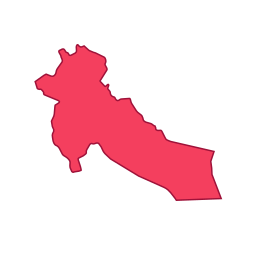 map outline of Djelfa (Albers equal-area conic projection), rotated 343°
{"feature_id": "DZA-2212", "entity_name": "Djelfa", "entity_type": "Province", "adm_level": 1, "iso_a3": "DZA", "parent_name": "Algeria", "parent_adm1": "", "projection": "albers", "projection_center": [3.218, 34.323], "detail": "fine", "context": "isolated", "style": "filled", "palette": "rose", "viewbox_px": 256, "rotation_deg": 343, "n_neighbors": 0, "source": "natural_earth", "source_scale": "10m", "svg_char_len": 2978}
<svg xmlns="http://www.w3.org/2000/svg" viewBox="0 0 256 256"><g transform="rotate(343 128 128)"><path d="M196.5,222.7L153.1,211.2L152.5,209.1L149.9,202.3L148.1,198.8L146.7,196.9L145.0,195.2L124.2,177.1L102.3,152.5L98.5,145.8L97.9,144.3L97.5,142.9L96.8,138.1L95.5,134.4L94.9,133.7L93.7,133.2L91.2,133.2L90.4,133.1L89.9,132.9L88.7,132.2L88.0,132.1L87.3,132.2L86.4,132.8L82.4,136.5L81.7,137.3L81.3,138.1L80.8,139.7L80.3,140.2L79.5,140.6L77.1,141.5L72.3,142.3L71.7,142.5L71.4,142.8L71.2,143.3L71.1,144.1L71.2,151.0L71.1,152.9L70.9,154.5L70.7,154.8L70.3,154.8L68.5,154.9L64.2,154.3L62.8,154.3L62.0,153.9L61.5,153.0L61.1,149.5L61.1,148.8L61.4,147.2L62.6,143.8L62.7,142.8L62.5,141.7L61.9,140.2L61.2,138.9L60.4,137.8L58.5,135.6L57.8,134.5L57.5,133.4L56.5,127.8L56.1,126.3L55.6,125.3L55.0,124.4L53.8,123.3L53.2,122.4L52.7,120.7L52.6,118.4L53.1,114.8L53.5,112.8L54.3,111.3L55.8,109.7L56.2,108.7L56.5,107.9L56.1,104.5L56.8,99.1L60.5,95.0L61.6,93.1L64.2,86.6L65.0,84.9L68.9,83.8L69.7,83.4L70.1,82.8L69.9,82.1L69.3,81.3L58.0,72.0L57.6,71.6L57.4,71.1L57.4,70.4L57.7,69.6L57.6,68.7L57.3,67.8L56.6,66.3L56.2,65.7L55.9,65.4L54.9,65.2L54.4,65.0L53.5,64.5L53.1,64.1L52.8,63.6L52.8,56.5L62.9,53.1L65.4,52.6L65.6,52.7L69.5,55.8L70.3,56.2L71.2,56.5L72.0,56.5L72.9,56.2L73.8,55.7L74.6,55.0L75.2,54.2L76.1,52.6L76.3,52.2L76.9,51.5L77.9,50.5L84.1,45.7L84.6,45.1L84.9,44.5L85.0,43.7L85.0,42.8L84.8,41.0L84.8,40.4L84.9,39.1L84.8,38.5L84.4,36.7L84.2,35.7L84.2,34.8L84.5,34.1L85.0,33.8L85.6,33.7L86.6,33.6L88.1,33.3L89.2,33.5L89.9,34.1L90.2,34.8L90.6,36.3L90.8,37.1L91.2,37.6L92.2,38.4L92.5,38.7L92.7,39.3L93.1,41.1L93.6,41.5L94.5,41.8L99.5,40.9L100.4,40.4L101.0,39.8L101.4,38.9L102.2,35.5L102.7,34.5L103.5,33.7L104.0,33.6L104.5,33.9L105.1,35.3L105.6,35.9L106.1,36.5L107.0,36.8L107.7,36.9L110.0,36.7L113.0,41.8L113.6,42.6L117.4,45.8L118.2,46.2L119.4,47.2L125.7,53.1L126.2,53.7L126.5,54.6L126.6,55.8L126.5,56.8L126.3,57.8L125.9,58.6L125.5,59.2L125.0,59.7L124.7,60.2L124.6,60.9L124.7,61.9L125.2,64.3L125.2,65.2L125.0,66.0L124.5,66.6L115.0,74.8L115.1,75.4L117.6,80.5L118.1,81.4L118.5,81.6L119.1,81.5L121.0,80.6L121.7,80.5L122.0,80.7L122.1,81.2L121.9,81.8L121.4,82.4L120.9,83.1L120.5,83.7L120.2,84.2L120.2,84.6L120.2,84.8L120.5,85.6L121.2,87.2L121.4,87.9L121.4,88.6L121.2,89.9L121.2,90.6L121.3,91.4L121.6,92.2L122.2,93.1L123.0,93.8L124.0,94.5L124.3,95.0L124.4,95.6L124.5,96.4L124.8,97.4L125.4,98.3L126.3,98.8L127.3,98.8L129.0,98.3L129.9,98.3L137.8,100.1L138.3,100.3L138.5,100.7L138.6,101.5L138.5,103.5L138.5,104.6L138.7,105.8L141.0,114.0L141.8,115.8L144.5,119.6L144.9,120.6L145.0,121.8L145.1,122.9L145.0,124.1L145.0,125.1L145.5,126.2L146.6,127.5L151.2,130.5L152.0,131.3L153.5,133.4L154.4,134.0L154.5,135.6L154.5,136.2L154.2,137.2L154.3,137.7L154.7,138.2L155.5,138.9L156.6,139.3L158.4,139.7L159.0,140.1L159.3,140.8L159.5,141.5L160.6,148.0L161.0,149.7L161.3,150.3L162.5,151.5L164.9,153.4L203.4,175.6L197.4,184.1L196.3,190.8L194.7,197.0L196.5,222.7Z" fill="#f43f5e" stroke="#9f1239" stroke-width="1.5"/></g></svg>